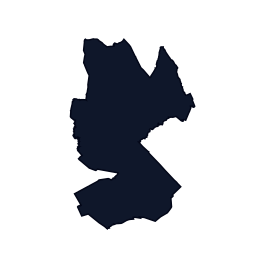 outline of Bethausen, Timis, Romania, rotated 344°
{"feature_id": "2599482B66400291009045", "entity_name": "Bethausen", "entity_type": "district", "adm_level": 2, "iso_a3": "ROU", "parent_name": "Romania", "parent_adm1": "Timis", "projection": "orthographic", "projection_center": [21.97, 45.83], "detail": "fine", "context": "isolated", "style": "filled", "palette": "ink", "viewbox_px": 256, "rotation_deg": 344, "n_neighbors": 0, "source": "geoboundaries", "source_scale": "gbopen_adm2", "svg_char_len": 5757}
<svg xmlns="http://www.w3.org/2000/svg" viewBox="0 0 256 256"><g transform="rotate(344 128 128)"><path d="M142.5,220.3L147.0,216.9L148.1,215.8L149.9,207.0L150.1,207.2L152.5,205.9L152.6,205.6L152.0,204.6L162.5,199.0L160.3,194.9L159.8,193.6L158.0,190.7L152.0,179.1L148.8,172.5L141.0,157.8L141.4,156.6L140.7,156.0L137.0,149.9L134.3,144.4L135.5,144.7L136.0,144.6L136.3,144.2L136.1,143.5L136.4,143.2L137.8,142.6L138.4,142.7L139.2,142.1L140.0,142.2L141.3,142.9L141.6,142.4L142.1,142.0L142.5,141.8L143.5,142.0L144.1,140.7L144.9,140.1L144.8,139.3L144.9,139.1L145.7,138.4L145.8,138.0L146.7,137.4L147.4,137.6L147.9,137.5L148.5,136.4L148.5,135.9L148.3,135.5L149.1,134.9L149.8,135.0L150.4,135.8L150.9,136.1L152.5,135.6L153.4,134.6L154.4,134.6L155.5,134.3L157.2,134.6L157.8,133.8L157.8,132.3L158.2,131.9L158.5,131.8L158.9,133.1L159.1,133.7L159.6,133.7L160.4,133.4L161.8,134.3L162.6,133.5L163.0,132.2L164.0,131.3L165.1,131.0L166.9,131.0L167.5,130.3L168.2,129.8L169.7,129.7L169.9,128.9L170.5,129.4L171.4,129.2L173.4,129.7L174.0,130.0L177.4,130.1L181.2,135.7L181.8,135.1L182.3,135.1L182.6,135.5L182.4,136.5L182.8,136.6L183.1,136.3L183.1,135.3L183.7,135.1L185.6,136.4L190.8,129.9L191.5,129.2L194.0,125.8L193.9,125.7L193.9,124.9L194.1,124.3L194.5,124.7L195.6,124.2L196.1,125.6L196.4,126.0L197.5,126.0L198.1,125.5L197.5,119.1L197.8,118.4L198.2,118.1L197.2,112.1L194.2,112.6L192.5,112.4L192.3,111.7L192.3,111.3L191.9,110.9L192.0,110.5L191.7,109.9L192.1,109.8L192.1,109.4L191.9,109.1L191.4,109.0L191.3,108.4L191.0,108.0L191.1,107.8L190.9,107.7L190.9,107.0L191.4,106.6L191.2,105.6L191.4,104.8L191.3,104.0L191.5,103.6L191.1,103.6L190.9,103.2L190.8,102.0L191.0,101.7L190.8,100.9L191.4,100.3L191.5,99.9L191.0,98.8L191.2,97.9L191.0,96.4L191.2,96.2L191.2,95.4L190.5,94.2L190.2,94.1L190.1,93.8L190.4,93.6L190.0,92.8L190.1,92.2L189.9,91.8L190.1,91.5L190.0,90.9L190.2,90.4L190.1,89.6L190.2,89.1L189.9,88.6L190.4,86.5L190.7,86.3L191.1,85.1L192.3,83.9L191.4,80.9L191.0,80.5L190.4,79.3L190.0,76.9L189.7,76.4L189.6,75.8L189.3,75.6L189.2,75.1L188.9,74.8L188.3,74.5L188.0,73.9L187.8,74.0L187.6,72.6L186.7,70.2L185.2,65.5L184.9,63.2L184.5,63.1L184.7,62.9L184.6,62.3L184.0,61.5L183.9,60.5L184.2,59.8L182.2,59.2L181.6,59.3L181.3,59.5L181.2,59.8L181.2,60.4L178.8,64.2L178.6,64.8L178.8,65.1L178.1,66.1L178.0,66.7L177.3,67.6L177.3,68.3L176.3,69.5L175.8,70.7L174.6,71.6L172.8,74.8L173.0,75.9L172.9,76.4L172.7,76.7L172.6,76.9L171.9,77.7L171.6,77.8L170.9,78.4L170.7,78.2L170.6,78.7L167.1,82.1L166.7,82.2L166.3,82.8L164.5,84.2L164.0,85.1L163.3,85.6L162.9,85.6L158.7,76.5L157.0,73.7L155.0,63.2L154.9,61.6L154.5,60.8L152.8,50.6L152.0,48.5L148.5,41.6L146.6,43.2L144.5,43.8L142.7,43.8L141.3,44.3L140.6,44.2L138.6,42.7L138.0,43.0L137.8,44.0L137.2,44.2L137.0,43.9L136.8,44.2L136.9,44.4L137.5,44.7L137.4,45.4L137.2,45.5L134.4,45.0L134.0,44.8L130.0,44.2L129.9,44.1L129.7,43.5L129.1,42.9L127.5,40.8L126.5,38.8L124.2,36.2L123.8,35.2L122.8,34.1L120.4,33.4L119.2,32.8L115.3,32.7L112.9,32.1L112.3,31.9L111.5,30.9L110.7,31.3L110.0,32.4L109.7,33.7L107.1,40.2L106.7,41.3L107.1,44.7L107.0,45.7L105.7,48.0L103.4,53.0L103.5,54.1L103.8,55.1L103.7,55.9L104.4,62.1L104.8,65.0L105.1,65.9L105.1,67.0L102.3,73.3L101.5,75.1L100.8,77.9L99.3,81.0L98.8,82.2L98.0,83.4L97.1,84.3L97.0,85.0L97.0,85.7L95.7,88.6L95.7,89.8L95.2,89.3L92.7,88.4L90.4,87.8L89.6,88.1L89.6,87.5L89.4,87.3L87.5,86.9L86.4,85.9L84.3,85.1L84.2,85.5L83.2,85.6L83.5,86.4L83.1,86.9L82.5,86.8L82.2,87.2L81.9,87.4L82.0,87.6L81.6,88.0L81.1,89.4L78.6,93.9L78.4,94.3L78.6,94.4L78.2,95.3L77.6,95.6L77.6,96.4L75.8,101.3L76.3,102.7L76.9,103.3L78.2,105.4L79.4,106.0L79.0,106.4L79.1,107.4L78.2,107.6L78.0,108.6L77.4,108.8L77.5,109.1L78.2,109.7L77.8,110.0L77.8,110.6L78.1,110.8L77.9,111.4L78.0,111.7L77.4,112.0L77.5,112.4L77.9,112.2L77.9,112.9L77.5,112.9L76.9,112.3L76.7,112.6L76.4,112.6L76.4,113.1L76.5,113.4L76.2,113.5L76.3,113.9L75.5,114.0L75.6,114.4L75.3,115.0L75.6,115.1L75.7,116.3L75.5,116.6L75.0,116.6L75.3,117.2L74.7,117.7L74.9,118.8L74.8,119.2L74.6,119.3L74.5,119.7L73.8,119.3L73.7,119.5L74.0,119.6L73.9,119.9L73.4,119.8L73.2,120.0L73.0,119.7L73.1,120.2L73.6,120.4L73.6,120.7L73.4,121.0L73.5,121.4L73.9,121.1L74.2,121.2L74.2,121.8L73.8,122.3L73.8,122.5L74.2,122.6L74.3,122.2L74.5,122.1L74.9,122.2L75.1,122.6L75.1,122.9L74.1,123.2L74.2,123.4L74.9,123.2L74.9,123.6L75.3,123.6L75.2,123.9L75.4,123.5L75.7,123.5L75.8,123.1L76.4,123.4L76.4,123.7L76.8,123.3L76.8,123.0L77.1,123.0L77.4,123.2L77.4,123.6L77.7,123.8L77.7,123.6L77.6,123.1L78.0,123.3L78.2,123.9L78.5,124.1L77.9,124.4L78.1,125.0L77.8,125.1L77.5,124.7L77.4,124.8L77.6,125.6L77.0,125.7L77.3,126.3L76.8,126.3L76.8,127.1L76.5,127.2L76.5,127.4L77.1,127.5L77.5,127.8L76.8,128.2L77.0,128.7L76.4,129.3L76.2,129.3L76.1,129.0L75.8,129.1L75.8,129.3L76.5,129.8L76.5,130.3L75.9,130.4L76.2,131.5L76.0,131.8L75.8,131.7L75.5,132.0L75.1,132.0L75.2,132.4L75.7,132.6L75.1,132.7L75.2,133.1L74.3,132.7L74.2,133.3L73.5,134.0L74.2,134.8L73.5,135.5L73.6,136.1L73.8,136.4L74.4,136.0L74.5,136.1L74.5,136.4L74.1,137.0L76.3,141.8L73.7,142.8L73.0,143.4L72.0,143.9L72.3,144.8L79.4,155.3L79.7,155.3L79.7,155.8L85.1,159.8L85.5,159.9L87.3,159.1L106.0,168.3L106.1,168.5L105.8,168.6L105.5,169.4L104.4,170.3L103.3,170.6L102.8,171.1L102.0,171.3L101.5,172.7L100.1,172.0L99.5,172.7L98.9,172.7L98.2,173.3L97.3,173.2L96.0,171.8L95.0,171.2L85.8,170.0L84.1,170.9L58.5,176.5L61.7,189.4L61.0,189.7L60.5,189.2L59.7,189.4L59.2,189.3L58.1,189.6L57.8,190.0L59.3,199.8L66.1,199.7L74.1,211.1L78.2,216.0L79.4,217.7L79.8,218.6L80.3,219.1L80.4,218.8L82.5,219.0L82.4,217.9L84.0,217.7L87.7,216.3L87.7,216.9L90.5,216.7L92.3,216.9L92.2,217.1L95.1,217.7L96.4,217.6L100.7,216.5L102.5,216.3L104.4,216.3L108.3,217.1L108.4,215.3L109.8,215.6L115.0,218.0L114.6,216.8L118.9,218.4L128.5,225.1L134.8,222.3L142.5,220.3Z" fill="#0f172a" stroke="#020617" stroke-width="1.5"/></g></svg>